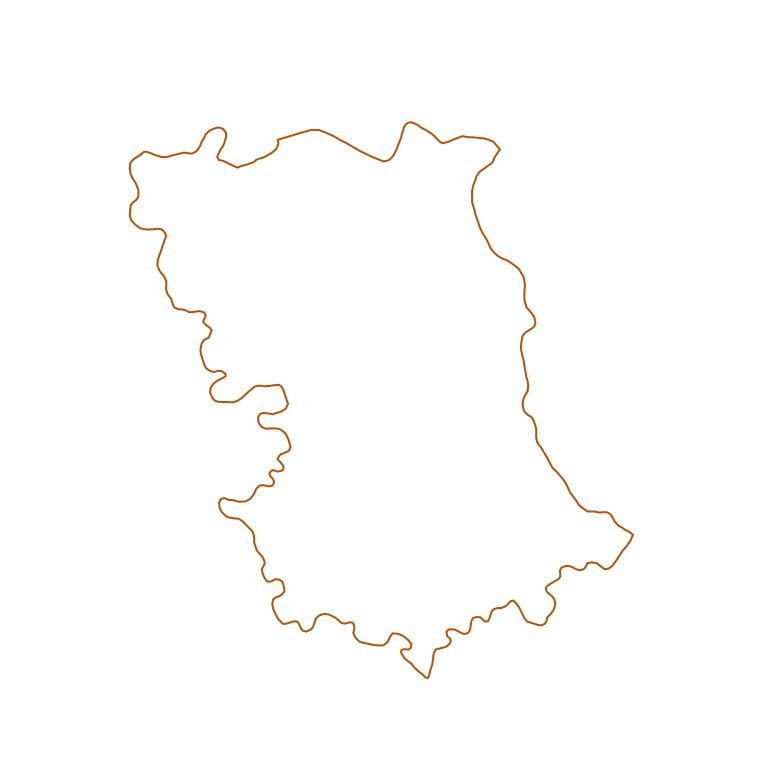 Hlybokaye, Vitebsk, Belarus, rotated 253°
{"feature_id": "67162791B12228546801080", "entity_name": "Hlybokaye", "entity_type": "district", "adm_level": 2, "iso_a3": "BLR", "parent_name": "Belarus", "parent_adm1": "Vitebsk", "projection": "albers", "projection_center": [27.835, 55.173], "detail": "fine", "context": "isolated", "style": "outline", "palette": "amber", "viewbox_px": 768, "rotation_deg": 253, "n_neighbors": 0, "source": "geoboundaries", "source_scale": "gbopen_adm2", "svg_char_len": 6160}
<svg xmlns="http://www.w3.org/2000/svg" viewBox="0 0 768 768"><g transform="rotate(253 384 384)"><path d="M574.5,563.5L583.5,559.5L586.8,555.7L589.6,551.5L591.9,545.7L593.8,541.4L595.4,536.7L597.9,531.9L598.0,529.6L597.5,522.3L596.8,515.9L597.1,510.4L599.2,508.3L601.5,507.0L605.5,505.1L609.7,502.5L613.5,499.3L618.6,494.3L621.9,492.0L624.2,489.4L626.3,486.5L626.8,484.1L626.2,481.4L623.9,478.3L620.1,475.9L618.1,474.3L614.7,472.5L609.2,467.9L604.7,464.6L601.8,461.8L599.5,459.4L597.1,455.6L596.6,452.3L597.1,448.4L604.9,438.8L613.4,429.5L625.2,418.6L629.9,413.6L634.5,409.5L638.4,405.4L641.4,401.9L645.9,396.0L648.3,388.7L648.3,384.4L648.6,377.2L648.5,366.0L648.7,353.8L645.1,353.4L642.3,351.6L640.0,349.2L638.7,346.4L637.7,343.6L636.0,335.6L635.8,327.7L634.3,324.5L633.9,317.7L634.2,310.7L633.7,307.7L634.8,305.8L644.4,295.4L646.5,291.6L650.1,290.9L655.4,295.5L658.7,299.7L661.9,302.3L666.5,305.2L669.4,306.2L672.0,305.8L674.7,304.8L676.8,302.5L677.9,299.7L678.0,296.3L677.2,291.0L674.8,286.3L671.6,283.7L669.2,280.6L665.4,277.7L662.5,274.3L661.1,271.8L660.6,267.4L661.6,264.9L662.7,263.0L664.0,259.3L664.0,255.1L664.6,246.7L664.5,242.3L666.1,237.6L670.0,231.8L672.6,228.8L675.5,224.7L676.2,222.3L674.2,217.4L673.3,213.8L671.7,209.2L669.0,205.6L665.1,204.0L659.3,203.1L654.3,203.6L648.2,205.4L640.9,205.8L634.7,203.7L632.3,200.5L631.0,196.7L629.0,194.1L624.9,192.2L619.2,190.1L615.6,190.0L610.5,192.0L606.0,194.8L603.7,197.2L601.0,202.5L599.2,209.5L598.7,213.0L597.1,216.1L594.7,218.0L591.6,218.9L588.9,218.7L582.0,213.5L576.0,209.3L571.9,206.1L568.3,203.8L564.0,202.0L559.6,202.2L555.7,203.2L552.2,204.8L545.9,206.0L538.8,203.3L533.4,203.3L528.0,205.3L518.7,205.6L515.2,210.0L514.4,212.6L512.4,215.9L510.1,218.2L508.8,221.3L508.1,226.6L507.6,229.2L504.8,233.0L501.7,233.6L499.4,231.5L496.3,229.2L493.8,230.3L491.2,231.8L488.7,233.9L485.6,234.9L482.0,231.8L479.7,230.3L478.7,224.7L475.6,221.1L470.7,218.6L466.1,217.6L455.4,217.8L451.3,218.4L448.5,220.4L446.7,222.2L445.2,225.0L445.2,228.6L443.9,232.4L440.1,235.3L438.0,235.0L437.0,232.2L436.2,227.1L435.2,223.5L433.7,220.2L431.1,217.1L426.8,215.1L420.4,215.9L417.6,217.4L415.3,220.5L413.0,227.6L410.7,233.8L410.7,238.9L412.0,243.2L418.1,256.3L419.4,260.1L418.9,264.2L416.8,268.8L415.6,273.9L415.3,276.7L414.1,282.9L412.3,284.7L408.4,286.0L396.4,286.2L393.3,286.5L390.2,283.9L389.0,282.4L387.7,277.5L387.7,268.6L389.7,264.7L391.8,259.6L391.5,256.8L389.2,254.0L384.3,252.7L382.0,253.2L378.7,254.5L375.9,257.6L373.6,266.3L372.1,269.9L370.5,271.9L365.7,275.2L360.0,276.3L351.3,276.3L348.8,274.5L347.7,272.9L347.0,265.0L346.2,263.2L343.7,260.4L342.6,260.4L338.8,262.4L335.2,263.7L333.4,263.5L331.1,261.9L331.1,258.6L331.4,256.5L334.2,252.5L333.2,249.6L331.6,248.1L328.8,248.4L325.8,249.9L322.7,250.4L319.6,248.1L319.6,244.5L322.7,238.4L323.2,235.3L321.4,231.5L316.8,227.4L313.3,222.5L312.2,217.1L313.8,211.0L317.6,204.6L318.6,201.3L321.5,198.2L321.7,194.4L318.7,191.6L314.1,190.6L309.2,191.3L306.1,192.9L303.1,194.9L301.0,198.0L298.7,202.8L297.7,205.6L294.1,208.7L283.6,214.0L280.5,215.3L277.7,215.3L274.4,214.8L270.8,213.5L261.9,213.7L254.0,217.3L249.9,217.8L246.8,217.3L242.7,212.9L238.6,212.6L233.8,212.9L229.7,214.1L228.1,217.7L229.1,223.1L227.3,226.9L224.5,229.0L219.7,228.9L216.6,228.7L214.6,227.9L212.8,225.3L211.8,222.5L211.5,217.9L210.5,215.1L206.2,212.8L202.1,212.3L198.5,212.5L190.3,214.0L184.7,216.8L183.4,219.1L183.4,228.3L182.1,231.6L180.3,232.4L174.1,233.1L171.6,234.6L170.0,237.2L170.5,242.3L172.8,245.4L179.7,250.3L181.7,254.6L181.7,259.2L179.9,263.6L176.3,267.6L173.4,270.2L167.8,273.5L166.2,276.8L166.2,280.6L165.4,283.7L163.1,284.7L160.3,284.7L158.0,283.7L155.2,281.9L151.6,282.1L148.0,283.4L145.0,285.2L142.9,288.0L138.8,295.4L136.2,300.7L135.1,303.8L134.3,307.1L136.1,311.7L140.7,316.1L143.0,319.2L141.2,324.1L137.5,328.7L132.1,332.2L127.3,334.2L123.7,332.4L122.9,329.6L124.5,326.0L124.5,322.9L122.5,321.9L120.7,321.9L115.0,323.7L107.9,328.8L104.8,329.7L102.5,330.9L98.9,333.0L95.2,335.8L91.5,337.7L90.0,339.7L91.6,341.5L96.7,344.6L101.6,348.1L111.9,352.8L115.0,355.9L114.6,363.9L114.7,367.2L116.4,370.9L118.5,372.7L121.6,372.7L123.9,370.9L125.1,370.7L128.8,371.3L130.3,373.9L129.6,377.0L128.6,379.8L122.7,385.8L121.5,387.8L121.2,390.4L122.0,392.7L124.1,394.6L131.6,398.2L134.1,400.7L134.2,404.1L132.9,407.6L130.4,409.4L128.3,410.4L127.0,411.7L126.9,414.3L129.2,416.4L135.3,420.7L136.6,423.1L136.6,426.8L135.6,430.4L135.6,433.4L136.5,436.9L138.0,439.2L139.3,441.7L139.1,444.3L135.8,446.2L132.8,447.2L129.1,448.2L118.5,449.9L114.9,451.5L108.4,461.1L107.2,463.7L107.7,467.6L109.5,469.8L113.3,472.1L114.7,475.1L117.2,478.7L119.3,480.9L123.9,483.7L125.9,483.9L129.2,483.7L132.2,482.4L135.8,480.0L138.1,478.8L141.2,478.9L143.2,481.0L143.7,483.3L144.5,485.8L145.8,490.6L146.4,493.9L148.2,496.2L151.7,497.2L154.1,497.5L156.4,500.0L156.9,504.5L156.1,507.1L154.9,509.2L150.3,514.1L148.9,516.8L148.4,519.7L149.1,521.9L150.9,524.2L153.2,526.2L152.8,530.1L150.2,535.4L147.2,537.2L142.2,541.1L141.9,545.4L143.5,549.4L147.7,555.0L154.8,563.5L158.2,568.9L162.2,573.9L166.9,578.0L169.6,576.4L171.9,574.4L173.2,572.6L177.4,569.4L179.9,566.9L185.3,564.3L191.9,563.1L194.1,561.8L196.1,559.7L197.2,556.9L197.9,552.8L200.7,547.7L202.4,541.7L207.0,537.8L211.5,534.9L216.3,533.7L225.7,530.3L235.7,528.9L240.2,527.5L248.8,523.8L254.6,520.6L259.9,519.5L266.1,518.4L277.7,515.5L280.3,514.2L284.0,513.5L288.2,513.9L296.9,516.5L305.2,516.4L308.0,515.9L310.2,514.7L311.4,513.2L316.3,510.3L319.2,510.1L323.5,510.4L327.0,511.9L330.0,513.7L334.0,517.8L335.1,519.2L340.5,521.5L345.0,522.2L349.5,522.2L365.3,524.3L371.3,524.6L377.5,525.2L382.1,526.8L389.0,530.2L390.9,532.5L392.1,534.9L393.9,541.8L395.5,544.9L398.4,546.7L403.4,547.3L405.8,546.8L411.1,544.8L415.7,542.7L420.2,542.7L422.9,542.9L426.2,543.6L431.9,545.5L436.8,547.5L439.7,548.2L443.6,548.6L446.7,548.6L449.8,547.7L454.1,546.8L457.1,545.0L460.7,542.5L466.3,537.8L469.5,533.7L473.1,530.4L477.1,527.9L482.6,525.7L491.9,524.4L497.3,522.9L504.0,521.6L519.3,521.0L523.6,521.3L532.1,521.4L542.5,524.5L547.8,527.4L552.5,531.1L555.5,533.1L558.8,537.0L562.3,547.1L563.1,550.4L564.9,553.4L567.6,555.1L574.5,563.5Z" fill="none" stroke="#b45309" stroke-width="2"/></g></svg>